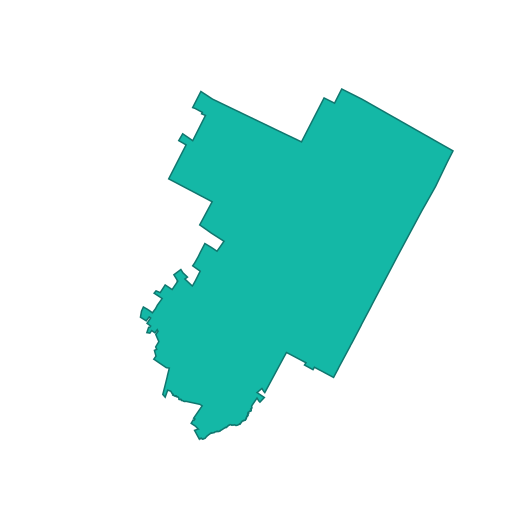 Candelaria, Campeche, Mexico (Albers equal-area conic projection), rotated 298°
{"feature_id": "50627088B43108093310772", "entity_name": "Candelaria", "entity_type": "district", "adm_level": 2, "iso_a3": "MEX", "parent_name": "Mexico", "parent_adm1": "Campeche", "projection": "albers", "projection_center": [-91.135, 18.16], "detail": "fine", "context": "isolated", "style": "filled", "palette": "teal", "viewbox_px": 512, "rotation_deg": 298, "n_neighbors": 0, "source": "geoboundaries", "source_scale": "gbopen_adm2", "svg_char_len": 5144}
<svg xmlns="http://www.w3.org/2000/svg" viewBox="0 0 512 512"><g transform="rotate(298 256 256)"><path d="M67.8,291.8L68.0,291.8L68.3,291.9L68.3,292.2L68.5,292.7L68.6,292.9L68.9,293.0L69.0,293.2L69.5,293.1L69.5,293.4L69.4,293.8L69.3,294.0L69.4,294.5L69.2,294.5L69.2,295.0L69.5,295.3L69.8,295.5L70.0,295.5L70.4,295.7L70.4,296.0L70.7,296.2L71.2,296.7L71.4,296.7L71.9,296.8L72.6,296.9L73.3,297.2L74.0,297.2L74.3,297.5L74.6,297.6L74.8,297.6L75.3,297.9L75.6,298.0L75.9,298.0L76.1,298.2L76.4,298.3L76.8,298.6L77.0,298.7L77.3,298.8L77.6,298.9L77.7,299.0L78.0,299.0L78.2,299.3L78.6,299.4L78.5,299.6L78.8,299.8L78.8,300.0L79.1,300.1L79.0,300.4L79.1,300.5L79.3,300.6L79.5,300.8L79.7,301.0L80.0,301.4L80.1,301.8L80.4,302.0L80.6,302.0L81.0,302.3L81.5,302.4L81.7,302.7L81.8,302.9L82.1,303.2L82.3,303.4L82.5,303.5L82.5,303.8L82.9,303.8L83.1,304.0L83.0,304.6L83.2,305.1L83.4,305.2L83.6,305.5L83.9,305.9L84.1,306.0L84.3,306.1L84.6,306.2L84.7,306.4L84.9,306.4L84.9,306.6L85.1,306.6L85.6,306.7L85.7,306.8L85.8,307.0L86.5,307.4L87.0,307.7L88.9,308.7L89.1,308.9L89.4,309.0L89.8,309.2L89.8,309.4L90.0,309.5L90.3,309.7L90.4,309.8L90.5,310.0L90.6,309.9L90.7,310.1L90.8,310.1L91.2,310.3L91.4,310.6L91.6,310.7L91.7,310.8L92.0,310.9L92.7,311.0L92.8,311.1L93.0,311.0L93.3,311.1L93.7,311.3L94.1,311.7L94.3,312.1L94.7,312.1L94.7,312.3L95.0,312.5L95.1,312.8L95.3,312.9L95.4,313.6L95.4,313.8L95.2,314.0L95.3,314.2L95.3,314.3L95.5,314.4L95.5,314.5L95.8,314.7L96.0,315.0L96.2,315.3L96.3,315.5L96.2,315.7L96.3,315.8L96.5,315.9L96.5,316.1L96.8,316.3L97.0,316.4L97.0,316.5L96.9,317.2L97.0,317.6L96.9,317.7L96.9,317.8L97.0,318.0L97.3,318.3L97.5,318.6L97.8,318.9L98.2,319.3L98.9,319.8L99.4,320.1L100.2,320.3L100.3,320.4L100.2,320.6L100.3,320.6L100.5,320.7L100.5,320.8L100.7,320.7L100.8,320.8L101.0,320.9L101.2,321.0L101.3,321.1L101.8,321.1L102.2,321.2L102.4,321.0L102.5,321.0L102.8,321.2L102.9,321.3L103.3,321.4L103.8,321.4L103.8,321.5L104.3,321.9L104.3,322.0L104.6,322.1L104.8,322.1L104.7,322.5L104.8,322.6L105.5,322.9L105.6,323.2L105.8,323.4L105.9,323.6L106.0,323.7L106.3,323.6L106.5,323.5L107.3,323.7L107.3,323.8L107.7,323.9L107.8,323.9L107.9,323.7L107.9,323.4L108.1,323.3L108.4,323.5L108.5,323.5L108.8,323.4L109.0,323.5L109.3,323.4L109.8,323.2L110.3,323.8L110.5,323.6L110.7,323.4L111.0,323.4L111.1,323.2L111.4,323.3L111.7,323.8L111.9,323.8L112.1,323.8L112.2,323.7L112.3,323.3L112.3,323.1L112.4,322.9L112.5,322.8L112.8,322.7L113.0,322.8L113.6,323.2L113.7,322.6L113.9,322.5L114.1,322.7L114.5,322.5L114.8,322.7L114.9,322.9L115.3,323.3L115.5,323.4L115.9,323.3L115.9,323.6L116.2,323.7L116.4,324.0L116.7,324.3L116.9,324.4L117.1,324.4L118.1,324.0L118.3,323.7L118.4,323.1L118.5,323.1L119.1,323.3L119.4,323.7L119.7,323.6L119.9,323.7L120.1,323.7L120.4,323.4L120.5,323.2L120.9,323.0L121.0,322.8L121.1,322.7L121.4,322.6L121.6,322.7L122.0,322.6L131.0,323.6L129.3,326.6L128.8,328.1L135.0,329.8L135.9,321.0L141.8,323.4L140.1,326.4L139.8,327.1L139.5,327.9L161.0,328.0L179.6,328.1L185.1,328.2L185.2,332.4L185.2,350.3L182.5,350.0L182.4,359.7L185.2,359.8L185.2,381.5L194.6,381.5L196.6,381.4L220.5,381.5L221.4,381.4L224.0,381.5L224.5,381.5L227.4,381.5L243.9,381.4L245.2,381.3L264.1,381.3L268.9,381.2L304.2,381.1L323.7,381.0L374.4,381.2L380.6,381.4L401.6,381.9L429.1,380.8L441.3,380.6L444.2,275.8L443.7,253.3L427.8,253.6L427.5,241.9L378.1,242.6L376.9,214.2L376.1,194.1L374.1,144.1L375.4,130.1L357.3,130.4L357.7,132.9L357.6,141.2L356.0,141.2L356.4,145.4L328.1,146.0L329.5,133.9L321.6,133.6L321.3,142.1L283.1,142.7L283.2,162.2L283.3,191.8L257.0,191.7L256.1,199.1L255.2,206.0L254.0,220.8L247.9,220.1L241.9,219.3L242.2,216.6L242.6,212.7L243.0,205.0L233.2,205.1L228.4,205.3L220.9,205.1L217.6,204.7L217.0,209.3L216.4,213.9L213.4,213.9L210.4,214.0L205.1,214.1L201.8,214.0L201.0,214.0L199.6,213.8L202.3,204.0L205.2,205.4L206.9,199.3L208.8,196.0L200.9,192.3L197.2,198.6L196.7,198.2L196.3,198.7L187.0,197.7L187.8,189.4L178.7,188.6L178.3,184.1L175.3,183.5L174.9,188.2L174.4,193.1L166.3,192.0L162.3,192.0L157.2,191.2L157.7,188.0L158.0,184.8L158.1,180.5L153.5,180.8L147.7,182.7L147.2,189.5L152.1,190.3L151.8,192.1L145.4,191.4L144.7,195.9L143.1,195.6L142.6,194.7L137.1,195.6L138.1,198.5L141.2,198.9L140.7,202.8L144.6,203.4L143.5,204.9L139.6,204.4L134.8,210.4L128.6,210.1L127.0,212.2L125.0,210.6L120.6,214.7L116.9,214.2L115.3,229.2L116.3,232.1L109.0,233.9L107.7,234.3L100.2,236.2L90.0,238.7L88.7,242.1L96.1,241.0L96.6,244.2L95.6,245.9L95.0,246.7L95.1,247.6L94.9,247.9L94.8,248.0L94.4,247.9L94.4,248.2L94.3,248.3L94.1,248.3L94.3,249.1L94.1,249.6L94.1,249.9L94.2,250.0L94.5,250.2L94.7,250.4L94.9,250.6L95.1,251.0L94.5,251.3L94.4,251.3L94.4,251.5L94.6,251.6L94.6,251.8L94.5,252.2L94.5,252.6L94.6,252.8L94.9,252.8L95.0,252.9L94.8,253.3L94.7,253.9L94.5,254.2L94.0,254.8L93.7,255.0L93.3,255.2L93.2,255.3L93.4,256.0L93.5,256.2L94.1,256.6L94.2,256.9L94.2,257.1L94.2,257.3L93.7,257.6L93.4,258.0L93.7,258.4L93.8,258.7L93.8,259.7L93.9,260.0L93.8,260.3L93.8,260.5L93.9,261.1L94.2,261.4L94.3,261.6L94.3,261.8L94.8,262.4L98.7,276.2L98.4,278.8L83.5,277.1L83.4,278.6L81.8,278.4L81.7,277.5L77.8,277.3L77.3,282.5L76.1,286.3L75.8,285.9L75.6,285.8L73.2,283.6L67.8,291.8Z" fill="#14b8a6" stroke="#0f766e" stroke-width="1.5"/></g></svg>